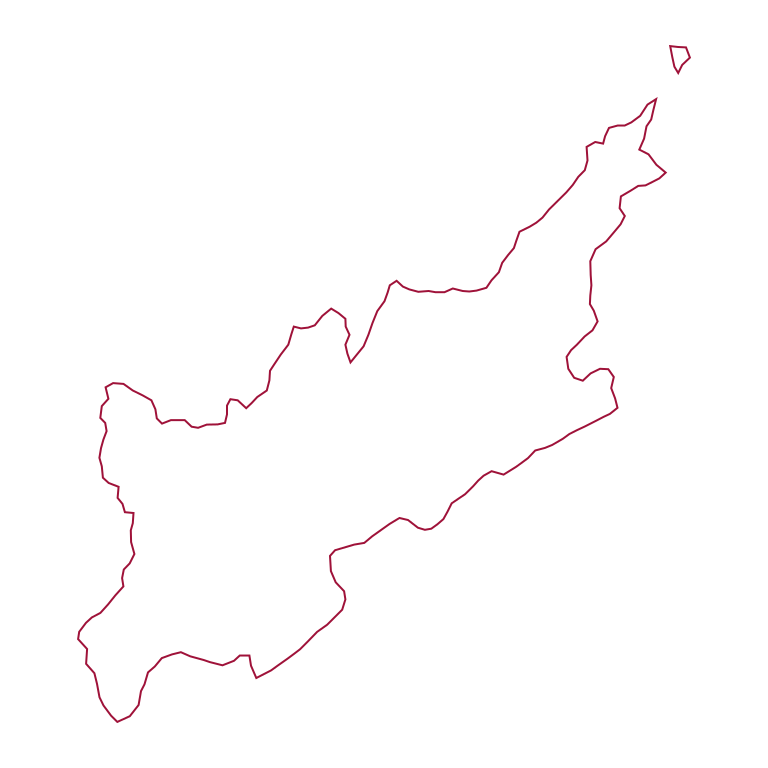 outline of Chiador, Minas Gerais, Brazil
{"feature_id": "56859067B35300029306499", "entity_name": "Chiador", "entity_type": "district", "adm_level": 2, "iso_a3": "BRA", "parent_name": "Brazil", "parent_adm1": "Minas Gerais", "projection": "natural_earth1", "projection_center": [-43.014, -21.98], "detail": "fine", "context": "isolated", "style": "outline", "palette": "rose", "viewbox_px": 768, "rotation_deg": 0, "n_neighbors": 0, "source": "geoboundaries", "source_scale": "gbopen_adm2", "svg_char_len": 3071}
<svg xmlns="http://www.w3.org/2000/svg" viewBox="0 0 768 768"><path d="M656.1,99.1L647.5,104.6L640.2,115.8L631.3,122.4L624.8,125.5L617.8,125.5L609.0,127.9L605.1,136.2L603.1,143.6L595.2,142.0L586.6,146.9L587.5,160.5L584.8,170.2L578.3,176.8L572.8,184.9L566.3,192.4L557.6,201.0L549.0,209.5L542.5,217.6L536.3,222.7L529.7,226.7L519.5,231.7L516.3,240.8L513.9,248.1L508.1,255.0L502.2,262.8L498.9,272.2L491.5,280.3L486.4,287.8L476.5,290.6L469.3,291.5L462.7,291.0L452.8,288.5L444.5,292.2L435.5,292.2L428.6,291.0L418.3,291.8L409.3,289.4L402.9,286.6L396.6,280.8L389.8,285.3L387.6,292.6L384.5,301.2L377.3,311.1L372.5,323.0L368.4,334.8L363.6,346.3L356.6,354.9L350.5,362.4L347.4,353.6L345.4,344.7L349.5,334.8L345.7,326.6L345.4,318.8L338.5,313.1L331.2,308.6L322.3,315.9L314.8,325.3L308.1,327.6L301.0,328.4L293.8,326.6L291.4,334.1L288.3,344.7L280.8,354.5L274.2,364.4L270.0,370.8L269.4,380.4L266.8,390.5L257.3,397.0L251.8,402.9L246.2,408.2L237.7,400.3L230.4,399.2L227.0,405.6L227.0,414.4L225.0,422.9L217.6,424.4L206.8,424.6L198.1,427.8L191.6,426.7L184.7,420.1L171.0,420.1L162.0,423.6L156.8,418.4L155.4,409.3L151.4,400.3L142.7,395.4L132.8,390.5L123.5,383.9L113.1,383.1L105.6,387.3L108.4,398.8L101.8,406.1L100.3,417.9L105.2,422.9L106.6,431.1L103.4,439.6L101.0,448.2L99.4,457.8L101.8,466.3L102.9,477.7L108.7,483.0L118.6,486.8L117.6,497.9L122.5,503.9L124.9,512.2L133.5,513.0L132.8,523.2L130.8,530.3L131.1,542.1L134.4,554.0L129.7,563.4L123.8,569.5L122.1,578.1L123.4,586.4L115.3,595.4L108.0,604.5L100.4,612.9L91.9,617.4L86.0,622.8L79.2,631.8L78.1,639.1L87.1,649.0L86.1,663.8L94.4,673.2L97.0,683.8L99.5,697.3L103.5,705.5L111.1,715.7L117.3,721.9L129.8,716.2L138.6,705.0L141.0,691.1L144.5,684.3L148.0,672.4L154.8,666.5L161.8,658.1L172.0,654.4L180.9,652.2L190.2,656.3L203.7,660.0L209.9,662.1L222.5,665.3L234.0,660.8L239.8,655.5L249.4,655.5L251.0,665.7L256.3,678.0L271.1,670.4L278.0,665.4L287.5,658.7L294.5,653.5L300.0,649.3L307.2,642.1L317.2,631.8L327.2,624.7L342.2,609.7L345.4,599.4L344.1,591.2L335.7,582.3L330.9,571.1L330.0,555.9L335.1,550.2L354.2,544.6L364.3,542.9L372.2,536.3L389.5,524.0L399.4,518.0L408.0,520.0L417.9,527.7L424.9,529.8L431.3,528.7L437.5,524.2L443.4,519.1L447.5,511.7L451.7,503.3L459.6,497.9L465.1,494.2L473.0,486.4L478.2,480.6L483.6,475.7L491.6,471.2L503.6,474.6L516.3,466.7L528.0,458.1L535.2,450.5L545.0,447.9L552.1,445.0L562.8,438.8L569.4,434.0L576.9,430.2L584.8,426.5L596.6,420.5L603.7,416.8L609.9,413.9L617.5,407.8L615.1,398.4L611.2,388.1L613.8,377.0L608.3,369.2L600.0,368.8L590.6,373.4L582.8,380.7L574.2,377.8L568.3,368.8L566.6,356.9L571.1,350.1L576.9,344.7L584.6,336.5L592.5,330.3L597.6,321.4L593.8,310.7L589.9,304.1L590.3,295.5L591.4,285.3L590.7,275.1L590.3,261.2L595.6,249.2L606.2,241.4L613.4,232.9L620.6,224.3L624.8,216.0L619.6,208.2L620.9,196.4L630.6,190.7L638.2,185.9L645.5,185.4L652.3,182.0L659.3,178.4L665.7,172.6L656.4,164.8L648.5,154.3L639.3,149.6L644.1,138.6L646.5,126.3L651.2,119.5L653.4,109.9L656.1,99.1ZM670.2,46.1L672.3,57.1L674.4,66.7L678.2,73.0L682.2,64.9L689.9,57.6L686.0,47.4L678.1,47.0L670.2,46.1Z" fill="none" stroke="#9f1239" stroke-width="2"/></svg>